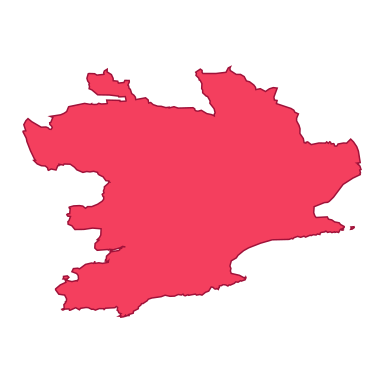 Midleton Lea-7, Cork, Ireland
{"feature_id": "5873133B11513938910004", "entity_name": "Midleton Lea-7", "entity_type": "district", "adm_level": 2, "iso_a3": "IRL", "parent_name": "Ireland", "parent_adm1": "Cork", "projection": "equal_earth", "projection_center": [-8.098, 51.922], "detail": "fine", "context": "isolated", "style": "filled", "palette": "rose", "viewbox_px": 384, "rotation_deg": 0, "n_neighbors": 0, "source": "geoboundaries", "source_scale": "gbopen_adm2", "svg_char_len": 5894}
<svg xmlns="http://www.w3.org/2000/svg" viewBox="0 0 384 384"><path d="M97.2,239.7L98.9,240.1L95.1,243.5L94.8,247.3L94.9,248.2L97.2,250.3L107.5,249.5L108.5,250.0L109.2,249.3L113.4,249.7L119.4,248.0L120.0,248.6L119.8,248.0L122.5,246.4L125.4,246.9L122.2,246.7L121.6,248.3L119.9,248.8L119.6,249.9L118.4,250.6L111.7,251.7L112.3,251.1L111.6,250.2L110.1,250.9L110.3,252.7L106.5,256.2L106.3,259.0L105.6,259.6L105.3,261.1L107.2,261.1L107.8,261.8L108.5,260.9L108.3,262.3L102.6,263.4L98.8,262.8L95.3,263.3L94.8,262.9L94.9,261.3L93.7,263.4L91.5,263.0L85.5,264.4L79.6,268.8L77.7,268.2L73.4,268.6L71.9,271.7L76.6,273.5L78.2,275.5L78.5,279.0L77.1,281.0L76.4,280.6L71.9,281.6L66.0,280.2L65.6,279.2L67.2,279.1L68.9,277.3L67.4,275.9L63.5,276.4L63.5,278.1L63.0,278.9L64.9,279.1L65.9,282.3L60.3,284.9L55.6,288.9L55.6,289.8L58.8,294.2L64.7,295.1L65.2,296.4L64.9,296.6L65.4,296.5L66.6,298.9L66.3,301.3L65.3,302.0L65.6,302.7L63.9,304.6L64.2,308.3L61.8,309.3L62.3,309.9L63.3,309.7L62.6,310.2L65.0,309.1L69.0,308.9L69.5,310.2L70.4,310.1L75.7,307.7L79.4,309.8L80.6,308.3L86.0,307.5L88.4,307.7L91.6,309.3L93.3,309.2L95.4,310.1L99.3,308.6L103.6,308.7L104.1,309.5L105.5,308.2L114.9,307.7L116.3,306.5L117.6,307.4L117.2,310.2L117.7,310.2L118.8,312.7L120.5,313.5L120.1,313.6L120.8,315.3L119.1,316.1L120.6,316.2L120.8,317.2L124.1,316.7L125.5,315.3L125.8,316.2L128.2,315.1L128.0,315.6L129.1,315.5L128.8,314.5L133.2,313.2L133.5,311.2L138.3,308.7L138.4,307.0L140.8,305.1L141.5,303.6L142.9,303.6L147.1,300.8L148.3,299.2L151.8,298.0L161.1,296.7L165.1,295.2L170.0,296.3L174.6,296.1L178.2,294.5L181.4,295.0L183.0,294.2L184.0,295.4L185.2,295.8L188.0,294.7L188.6,295.3L195.4,294.1L196.5,295.1L199.8,294.5L202.0,295.1L205.5,292.3L208.7,291.1L211.2,287.0L213.0,287.3L214.5,288.8L215.9,289.1L216.9,288.5L218.3,289.4L218.7,287.9L219.3,287.6L219.4,285.9L221.6,285.6L222.8,284.7L225.4,284.8L227.9,286.0L229.2,284.9L230.3,285.1L234.4,283.3L235.7,281.9L238.1,282.2L240.5,280.7L241.3,281.1L245.1,279.8L246.0,277.7L245.8,277.2L245.3,278.5L243.9,277.7L245.4,277.3L243.9,277.7L239.4,275.3L231.2,273.4L230.4,271.0L230.9,268.4L229.9,266.0L231.3,260.8L236.3,257.9L238.0,255.3L243.7,250.6L248.7,247.8L260.5,243.2L272.2,239.8L289.0,239.4L291.8,238.4L292.8,238.9L294.0,237.7L297.6,236.4L300.7,237.3L304.0,236.2L305.6,237.1L310.2,235.2L311.1,235.6L313.2,234.7L316.1,235.0L317.4,234.0L319.9,234.5L320.3,233.1L321.2,232.4L324.9,231.9L325.3,231.2L326.3,231.3L327.5,232.4L330.3,231.8L331.9,232.6L334.6,231.8L335.0,232.4L336.8,231.9L338.6,232.5L340.5,229.3L341.5,229.1L341.9,230.2L343.0,230.0L342.6,229.4L343.3,229.0L342.7,228.4L344.1,227.5L344.2,226.5L340.5,224.5L339.2,222.8L334.6,221.9L331.8,219.9L328.5,219.2L327.3,216.9L316.1,217.5L314.8,215.8L313.7,212.7L314.1,206.7L324.4,202.6L327.7,202.3L329.3,201.3L333.5,197.2L343.1,184.4L352.9,178.1L360.2,174.6L359.9,173.7L360.5,172.9L359.7,170.0L361.0,169.5L359.9,166.0L358.2,164.5L358.7,164.4L358.4,163.7L357.1,163.1L360.2,162.6L358.4,151.1L356.7,146.6L353.5,141.9L350.7,139.1L346.6,143.2L343.6,143.0L338.0,144.0L337.1,145.7L336.1,146.2L334.5,145.8L334.2,144.1L333.5,143.6L331.2,143.9L330.5,142.2L329.7,141.8L328.3,143.3L326.7,141.9L325.5,143.1L318.9,143.0L311.2,144.6L307.7,141.9L306.2,142.2L306.2,142.8L305.6,143.1L304.1,142.6L303.3,138.5L299.9,133.5L300.0,128.8L299.0,125.3L296.6,120.9L296.6,118.2L298.4,113.9L294.8,112.2L293.8,110.2L291.1,108.5L276.4,103.6L277.1,100.5L274.4,100.0L273.9,97.1L277.2,88.1L273.3,87.6L269.4,88.8L265.5,91.5L260.3,88.7L255.8,89.6L255.5,87.3L253.8,85.0L249.6,81.8L246.4,80.9L244.2,76.6L240.5,74.4L236.2,74.4L230.2,70.5L229.9,68.2L230.5,66.8L228.3,67.9L226.0,72.3L215.9,73.5L203.0,73.5L202.1,72.5L202.1,70.4L200.3,69.1L195.7,72.2L196.4,73.4L196.0,75.4L198.7,78.1L199.3,80.1L200.1,80.2L201.9,83.6L201.7,88.7L202.6,90.0L202.7,92.8L206.2,96.1L207.6,96.5L210.1,101.0L209.9,103.3L214.1,108.7L215.1,112.8L214.2,114.3L214.3,115.9L211.6,114.6L206.8,113.6L201.3,110.3L198.0,111.2L196.0,110.9L194.8,109.9L194.7,108.8L193.0,107.7L178.1,108.1L174.0,106.7L169.2,107.9L169.2,107.2L165.8,107.6L161.2,106.3L157.7,106.2L153.1,104.6L150.7,102.5L148.7,103.0L148.2,100.0L145.6,97.8L135.7,99.6L135.4,97.2L133.9,95.2L131.7,93.6L130.3,89.3L129.1,88.3L128.6,85.8L127.9,85.1L129.3,82.0L129.2,80.5L124.9,80.4L123.9,82.5L118.4,83.1L117.7,81.2L113.2,80.7L113.1,78.3L111.4,74.6L107.1,71.9L107.2,69.2L104.4,70.9L103.7,72.6L104.0,74.2L103.4,74.4L96.9,75.1L94.6,73.7L89.0,73.5L88.2,73.8L86.9,78.3L87.7,81.0L89.4,83.4L88.9,84.4L89.5,86.6L89.1,88.7L91.9,89.9L97.7,94.8L109.4,95.0L118.4,96.1L118.8,96.9L125.3,96.6L126.1,100.5L125.9,101.1L120.1,101.4L119.9,100.4L106.7,100.1L107.3,103.5L105.7,103.8L101.3,104.0L98.7,103.3L97.0,104.4L94.1,104.5L91.6,104.2L91.6,103.7L90.3,104.4L84.6,103.4L69.1,106.6L68.6,106.8L66.7,111.5L64.1,113.3L60.6,114.8L50.3,116.4L52.8,117.4L50.9,122.2L49.7,122.7L49.9,124.5L51.7,126.3L52.2,127.7L51.1,129.4L49.4,129.2L48.1,127.8L46.0,127.0L41.2,127.2L31.8,121.7L28.0,118.6L25.9,120.7L23.8,124.7L25.8,130.8L23.2,131.1L23.0,131.8L26.3,138.3L26.9,141.5L30.5,150.8L34.3,158.7L35.5,160.1L33.7,160.4L37.2,163.9L41.3,165.7L45.3,166.0L47.5,167.8L48.0,169.9L48.6,170.3L51.2,169.0L56.0,170.0L57.8,165.7L58.9,165.6L58.9,164.9L59.6,164.9L59.3,164.3L63.4,165.1L64.1,164.0L70.3,164.2L74.5,167.2L76.8,169.8L82.9,172.4L86.7,171.5L90.0,171.9L93.6,171.3L97.6,172.4L97.9,173.7L99.0,174.8L103.1,176.8L105.9,180.7L108.9,181.0L109.6,182.1L108.8,182.0L108.3,183.3L104.3,186.9L104.4,188.4L103.4,191.0L104.0,192.8L102.2,194.3L103.0,196.5L103.7,196.8L103.7,199.2L102.2,201.2L97.5,204.3L91.8,206.6L87.6,206.6L85.5,208.3L82.8,206.1L79.5,205.6L73.6,205.9L69.6,207.0L69.1,207.3L69.5,208.5L70.2,208.6L69.7,213.6L67.4,214.0L66.8,214.7L67.7,216.1L70.5,216.5L69.0,220.6L67.9,221.7L68.1,224.2L71.8,225.7L74.9,229.5L83.8,229.4L92.6,228.1L101.1,228.8L100.8,235.0L99.5,237.5L97.2,239.7ZM354.0,226.7L350.9,227.0L351.3,228.0L350.7,229.3L352.2,229.1L354.2,227.6L354.0,226.7Z" fill="#f43f5e" stroke="#9f1239" stroke-width="1.5"/></svg>